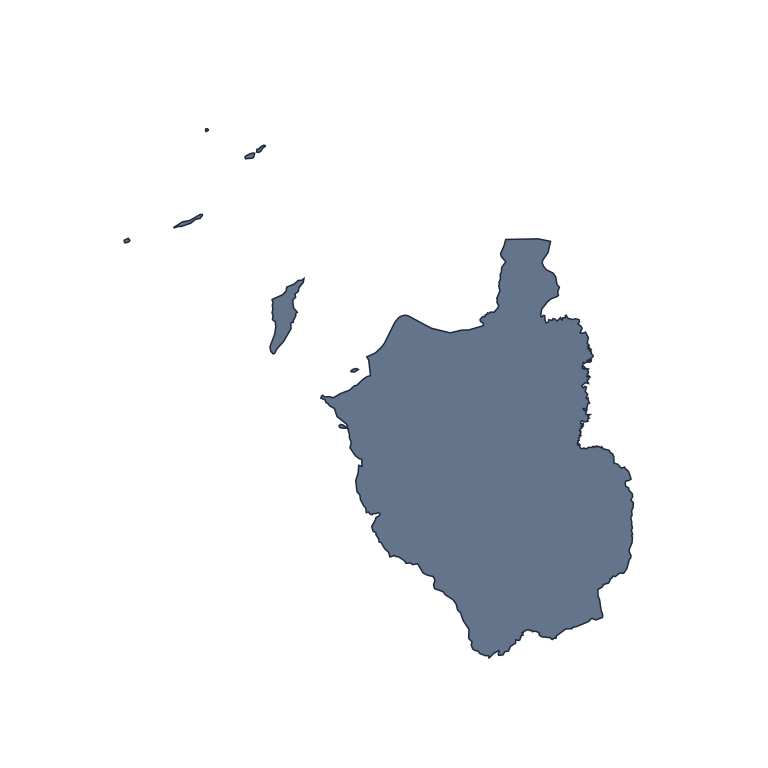 outline of Palian, Trang, Thailand, rotated 75°
{"feature_id": "78962969B78626078629427", "entity_name": "Palian", "entity_type": "district", "adm_level": 2, "iso_a3": "THA", "parent_name": "Thailand", "parent_adm1": "Trang", "projection": "mercator", "projection_center": [99.742, 7.175], "detail": "fine", "context": "isolated", "style": "filled", "palette": "slate", "viewbox_px": 768, "rotation_deg": 75, "n_neighbors": 0, "source": "geoboundaries", "source_scale": "gbopen_adm2", "svg_char_len": 6171}
<svg xmlns="http://www.w3.org/2000/svg" viewBox="0 0 768 768"><g transform="rotate(75 384 384)"><path d="M353.3,393.6L357.1,392.6L372.4,394.9L372.5,398.6L374.0,403.0L378.4,411.1L377.9,412.8L381.0,418.8L382.0,428.9L384.2,436.4L382.0,440.2L381.2,444.7L378.9,446.2L379.5,447.5L381.4,448.7L384.0,445.1L387.2,444.7L388.5,443.1L391.2,442.1L394.9,438.2L403.3,437.8L413.2,430.5L424.7,430.5L426.0,431.3L432.2,430.8L436.9,433.4L446.0,430.2L449.8,427.2L451.0,425.0L457.8,426.5L456.0,429.5L462.8,431.8L470.0,436.3L481.2,438.0L484.9,436.0L489.4,436.7L496.6,435.1L498.9,433.7L503.7,434.4L503.6,432.2L506.3,431.0L507.2,429.3L506.3,428.1L507.1,425.4L506.7,422.9L508.6,421.3L510.3,423.4L510.8,426.3L513.0,427.5L518.5,432.8L523.4,432.7L525.6,430.2L527.6,430.8L531.8,429.3L535.2,429.6L536.6,427.8L543.2,426.0L547.7,423.2L552.6,423.0L552.4,418.4L553.6,417.4L554.7,414.7L560.0,410.0L562.9,409.2L563.6,404.9L565.9,403.1L566.4,398.1L576.8,395.1L580.1,391.3L582.7,386.3L586.5,385.5L591.1,388.2L594.8,388.1L599.8,380.8L603.7,379.2L609.9,373.4L614.9,371.3L621.4,371.4L624.7,369.3L632.8,368.8L643.2,365.4L650.8,367.9L652.3,367.8L655.8,365.7L658.6,367.3L662.9,366.9L664.9,365.1L666.7,362.0L669.0,361.4L672.8,356.2L673.3,353.6L675.9,353.4L672.6,347.7L671.2,342.2L672.0,341.8L674.4,343.6L675.8,343.5L676.5,339.2L673.8,336.6L674.3,333.0L670.1,329.6L668.4,324.0L665.2,322.9L666.6,320.5L666.4,319.1L662.3,316.3L662.6,314.8L659.9,314.9L660.3,313.8L659.4,313.4L658.6,310.0L658.7,308.0L660.0,307.0L659.8,305.7L661.8,304.6L661.5,303.5L662.6,300.7L665.0,298.3L666.4,299.1L667.8,298.3L669.4,296.4L671.9,289.4L674.4,287.7L673.5,285.1L674.2,283.8L671.8,282.5L667.7,271.8L669.0,265.7L667.9,264.8L668.2,260.9L666.4,247.8L664.1,244.0L666.7,240.5L666.1,233.4L663.9,232.5L658.2,232.8L648.3,231.6L643.7,232.1L637.9,230.5L636.6,225.9L634.5,223.6L634.4,218.6L632.4,216.5L630.8,216.0L630.6,214.4L628.7,212.7L629.9,210.5L627.6,205.2L628.9,201.4L625.2,197.2L616.7,192.2L616.2,191.0L613.7,189.8L609.6,190.5L607.3,189.9L601.5,185.5L596.2,183.6L594.8,184.3L593.6,182.7L589.2,183.0L588.0,181.7L585.8,181.0L584.5,181.4L581.5,180.4L576.7,180.2L575.2,178.4L570.5,177.6L568.0,175.5L563.2,173.8L560.0,175.5L557.0,172.9L554.2,172.6L550.2,174.9L547.9,174.5L545.4,176.9L542.6,176.8L540.1,175.4L540.7,172.5L539.7,169.9L531.7,170.4L527.7,173.1L526.6,173.0L526.6,176.7L522.0,179.0L519.9,182.3L513.3,180.7L512.0,181.6L510.9,181.1L508.7,183.1L506.1,183.8L503.6,188.7L500.9,190.0L501.7,190.9L500.1,192.2L500.2,193.8L498.9,194.3L499.4,195.5L498.8,196.2L499.8,197.6L498.3,198.2L498.9,199.9L498.1,203.2L499.2,205.3L497.5,207.5L497.8,209.1L497.1,210.5L495.5,211.2L493.6,210.5L493.3,212.1L492.5,211.5L492.7,212.5L491.7,212.3L492.0,213.3L490.8,211.7L489.1,211.6L488.9,210.0L486.7,210.0L486.1,208.8L485.0,208.8L484.8,207.1L483.4,208.0L482.8,206.8L481.1,206.1L479.7,207.3L479.4,206.3L478.0,206.1L478.0,204.9L476.5,202.9L476.1,204.4L475.4,203.8L474.9,201.9L474.0,201.8L473.3,204.3L470.9,203.2L470.7,202.3L472.4,200.9L472.8,196.7L470.5,196.3L470.0,194.4L467.9,195.5L466.9,192.8L465.8,196.7L464.5,196.8L461.7,194.8L461.8,196.9L459.7,198.2L459.2,197.7L460.5,194.7L455.9,192.4L455.6,190.3L453.5,190.9L450.3,190.5L450.7,191.7L450.0,192.5L446.5,189.9L443.5,191.6L439.4,189.3L438.3,190.5L439.4,192.4L437.0,193.5L434.8,189.3L436.4,186.3L432.8,186.8L432.5,185.2L430.9,184.4L430.6,183.1L429.0,184.3L429.8,185.8L429.3,186.3L428.2,185.1L426.9,185.2L426.7,184.1L425.0,183.2L423.8,184.1L422.4,182.6L421.5,185.0L420.1,185.7L421.7,186.2L420.3,188.4L418.7,188.0L419.3,186.7L416.6,187.1L415.0,185.8L416.0,185.3L415.2,182.7L416.1,179.6L414.3,180.3L414.5,182.1L413.5,180.6L415.6,177.9L414.4,177.4L413.3,178.4L411.5,174.8L410.0,174.8L408.4,175.9L406.7,175.5L405.4,176.7L404.7,174.9L402.8,176.0L403.6,176.8L402.6,178.0L401.2,176.5L400.5,177.5L399.7,175.8L397.2,177.1L392.1,174.6L386.1,175.9L386.4,179.2L385.3,181.3L381.4,178.1L378.8,179.0L376.1,181.1L374.5,179.0L372.2,179.0L370.4,182.6L370.7,184.8L368.6,188.6L367.3,189.7L364.6,190.2L364.8,191.1L366.7,191.8L366.4,194.4L368.3,195.3L367.4,196.1L365.5,196.3L368.0,200.5L365.8,201.8L364.5,203.7L366.0,205.2L364.6,208.3L366.7,209.2L367.0,211.6L364.1,211.9L359.5,211.1L359.0,212.4L360.0,214.4L358.8,215.0L352.6,212.4L347.1,205.0L345.0,200.8L344.3,193.9L343.2,192.4L340.4,192.6L335.8,189.5L332.6,191.2L325.0,190.4L320.6,192.0L315.8,197.5L312.1,199.2L308.1,199.9L305.4,198.5L299.5,191.5L289.3,186.2L283.7,197.5L275.9,229.0L281.7,232.4L288.3,237.7L291.6,237.7L297.4,234.7L301.9,240.2L306.5,241.8L307.9,243.3L312.9,244.5L315.7,246.7L317.8,246.8L318.8,247.8L324.0,247.9L330.6,253.0L332.9,252.9L334.1,253.8L337.6,253.0L339.7,253.9L343.1,259.2L342.1,262.5L342.9,264.8L342.1,265.6L343.5,266.9L343.5,268.5L345.2,269.1L344.5,271.0L346.1,274.0L347.0,274.7L348.8,274.5L351.0,272.3L353.4,273.1L353.7,288.5L352.1,294.7L351.7,306.9L342.3,324.0L324.2,343.2L323.0,345.9L322.8,349.1L323.5,352.3L327.1,357.5L344.6,372.9L347.7,376.8L351.8,384.4L353.3,393.6ZM265.1,435.8L261.4,434.0L262.5,436.8L261.7,440.1L264.1,444.5L265.3,452.9L268.8,454.5L271.5,458.6L273.4,470.3L277.0,470.1L279.1,471.6L282.6,471.9L286.5,473.8L288.6,473.3L293.0,475.1L295.8,472.9L300.9,473.8L307.7,476.8L318.3,484.4L322.9,485.0L326.2,483.4L326.1,481.7L322.1,478.0L317.2,470.3L306.6,459.5L301.4,458.4L300.6,457.3L301.0,455.7L298.9,454.9L295.2,451.5L293.1,451.1L292.3,449.1L287.2,451.7L280.1,450.6L278.5,449.3L277.5,446.9L274.9,446.9L273.8,446.1L272.3,442.8L268.9,441.1L265.1,435.8ZM178.9,546.1L178.6,542.1L179.4,538.8L178.6,528.8L176.3,523.7L176.4,518.8L174.2,515.8L173.3,515.6L172.6,517.4L175.8,529.4L175.2,536.6L178.3,546.4L178.9,546.1ZM128.7,459.6L130.6,459.4L131.8,452.4L130.6,450.7L127.7,449.2L127.0,450.2L126.9,453.6L127.8,457.9L128.7,459.6ZM127.0,447.0L127.9,445.0L127.3,442.9L124.4,439.5L123.9,437.4L123.0,437.0L122.2,438.4L122.7,441.1L124.4,443.9L124.4,446.0L127.0,447.0ZM414.4,438.1L415.9,435.7L417.1,430.8L413.2,434.0L411.8,436.1L412.6,438.2L414.4,438.1ZM363.6,412.7L364.8,409.6L363.4,405.0L362.0,406.4L361.7,409.8L362.5,412.2L363.6,412.7ZM179.0,598.1L180.7,597.6L180.8,594.0L179.5,592.2L177.1,593.3L177.9,597.7L179.0,598.1ZM94.2,490.5L93.6,488.2L92.9,487.8L91.6,488.6L91.5,490.2L93.1,490.9L94.2,490.5Z" fill="#64748b" stroke="#1e293b" stroke-width="1.5"/></g></svg>